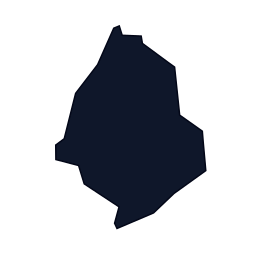 Fangak, Jonglei, South Sudan, rotated 138°
{"feature_id": "79223893B14796875108361", "entity_name": "Fangak", "entity_type": "district", "adm_level": 2, "iso_a3": "SSD", "parent_name": "South Sudan", "parent_adm1": "Jonglei", "projection": "robinson", "projection_center": [30.661, 9.044], "detail": "fine", "context": "isolated", "style": "filled", "palette": "ink", "viewbox_px": 256, "rotation_deg": 138, "n_neighbors": 0, "source": "geoboundaries", "source_scale": "gbopen_adm2", "svg_char_len": 439}
<svg xmlns="http://www.w3.org/2000/svg" viewBox="0 0 256 256"><g transform="rotate(138 128 128)"><path d="M66.2,209.7L71.8,211.7L108.2,195.4L143.7,188.8L182.6,162.7L193.1,163.7L202.7,152.8L189.8,133.2L197.9,115.8L187.4,75.4L201.7,66.2L203.4,60.7L165.8,47.8L137.6,48.6L98.7,44.3L81.3,67.5L74.9,75.9L81.0,103.0L52.6,142.1L54.4,150.4L60.7,181.2L56.7,187.5L70.3,200.8L66.2,209.7Z" fill="#0f172a" stroke="#020617" stroke-width="1.5"/></g></svg>